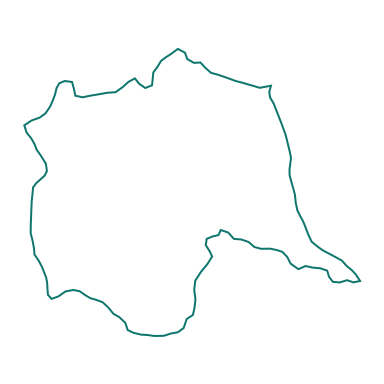 Araçaí, Minas Gerais, Brazil (orthographic projection), rotated 269°
{"feature_id": "56859067B97028441467773", "entity_name": "Araçaí", "entity_type": "district", "adm_level": 2, "iso_a3": "BRA", "parent_name": "Brazil", "parent_adm1": "Minas Gerais", "projection": "orthographic", "projection_center": [-44.223, -19.251], "detail": "fine", "context": "isolated", "style": "outline", "palette": "teal", "viewbox_px": 384, "rotation_deg": 269, "n_neighbors": 0, "source": "geoboundaries", "source_scale": "gbopen_adm2", "svg_char_len": 1992}
<svg xmlns="http://www.w3.org/2000/svg" viewBox="0 0 384 384"><g transform="rotate(269 192 192)"><path d="M335.3,180.4L330.3,173.3L326.9,167.8L323.6,163.3L318.3,160.1L312.2,155.4L306.9,154.8L299.4,153.9L296.8,147.1L301.3,140.9L306.6,136.9L303.2,130.4L298.0,124.4L293.1,117.2L292.7,109.1L291.3,100.3L289.9,90.9L288.6,84.4L290.3,77.1L297.7,75.6L304.1,74.0L305.2,66.7L303.0,61.2L298.3,58.4L291.7,56.7L286.6,54.7L280.0,51.7L273.3,47.0L269.1,41.1L266.3,32.9L261.6,25.5L254.4,27.6L248.3,32.3L242.2,35.6L237.2,37.3L231.0,41.5L222.8,46.4L215.5,47.3L211.0,45.0L207.4,40.9L203.8,36.6L199.4,33.2L191.4,32.3L184.9,31.5L177.7,31.1L172.2,30.8L161.6,30.2L153.4,30.0L146.3,31.7L138.7,33.0L132.3,33.4L125.9,37.6L118.8,41.1L113.8,42.9L109.0,44.7L103.5,45.6L97.3,45.8L91.7,46.2L87.6,49.7L89.9,56.5L94.8,63.8L96.1,71.4L94.8,77.9L90.9,83.2L87.6,88.5L86.0,93.9L83.4,100.6L78.4,105.9L71.5,111.4L68.1,117.2L62.4,123.0L55.1,125.3L52.3,130.9L50.3,138.5L49.8,145.1L48.7,151.8L48.7,161.3L50.9,168.6L52.0,175.4L56.2,181.3L65.1,184.5L69.0,190.7L75.7,192.4L84.6,193.6L94.2,192.5L103.2,193.7L111.6,199.3L119.9,206.3L127.1,211.0L132.3,208.7L138.7,204.8L144.9,205.9L147.1,211.5L148.5,217.7L153.5,220.1L150.8,227.5L144.4,233.1L143.7,240.3L141.0,247.8L135.9,253.4L134.0,260.1L134.0,269.0L132.5,275.7L130.5,281.4L125.4,286.1L118.7,289.3L113.0,297.0L116.0,304.3L114.3,311.3L113.5,318.8L111.0,325.8L104.9,327.5L99.7,331.3L99.0,338.2L101.1,345.5L98.8,351.9L100.1,358.5L106.6,354.4L111.0,350.5L115.5,345.2L120.7,340.8L123.8,335.5L127.4,329.0L131.3,321.9L135.2,316.6L140.2,310.8L147.4,307.5L154.9,304.8L160.9,302.5L166.3,299.6L171.9,297.0L179.6,295.5L187.3,294.9L193.8,293.3L200.1,291.6L206.8,289.9L212.9,289.9L224.4,291.6L231.8,290.2L247.6,286.6L259.1,282.6L279.0,275.2L285.2,271.7L290.7,271.0L296.9,272.8L295.0,261.6L297.7,252.9L300.2,244.8L302.2,237.7L304.9,230.7L307.2,224.5L309.1,219.0L310.8,213.1L316.0,207.4L321.3,202.7L321.1,196.2L325.0,189.6L331.4,187.4L335.3,180.4Z" fill="none" stroke="#0f766e" stroke-width="2"/></g></svg>